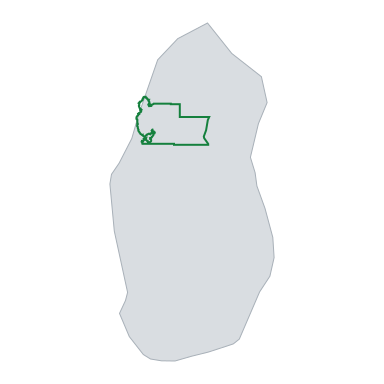 location of 73, Ar Rayyān, Qatar
{"feature_id": "91078587B33419778787215", "entity_name": "73", "entity_type": "district", "adm_level": 2, "iso_a3": "QAT", "parent_name": "Qatar", "parent_adm1": "Ar Rayyān", "projection": "mercator", "projection_center": [50.94, 25.696], "detail": "fine", "context": "in_parent", "style": "outline", "palette": "green", "viewbox_px": 384, "rotation_deg": 0, "n_neighbors": 0, "source": "geoboundaries", "source_scale": "gbopen_adm2", "svg_char_len": 5431}
<svg xmlns="http://www.w3.org/2000/svg" viewBox="0 0 384 384"><path d="M208.6,352.0L191.3,356.3L175.0,361.0L161.4,360.8L150.5,359.0L143.3,354.5L129.3,336.6L119.5,313.4L125.5,300.5L127.6,292.4L114.3,231.1L109.9,184.0L111.5,174.3L119.1,163.2L131.8,138.5L138.6,114.8L157.7,59.8L177.8,38.6L207.5,23.0L231.8,53.5L261.4,76.7L267.1,102.6L258.4,123.7L250.4,157.3L255.1,172.7L256.9,186.0L265.0,208.4L272.8,237.4L274.1,257.6L269.9,276.2L259.6,291.9L239.3,339.1L233.3,343.9L208.6,352.0Z" fill="#d9dde1" stroke="#a8b0b8" stroke-width="1"/><path d="M153.7,103.7L153.5,104.0L153.3,104.0L153.2,104.1L152.4,104.6L152.1,104.6L152.0,104.8L151.9,104.8L151.6,104.9L151.0,104.9L151.1,105.2L151.2,105.3L151.2,105.5L150.9,105.6L151.0,105.9L150.8,105.9L150.8,106.0L149.7,106.1L149.5,105.9L149.4,105.9L149.3,106.1L149.1,106.1L149.1,105.8L149.0,105.7L148.7,105.7L148.6,106.0L148.6,105.1L148.6,104.9L148.4,104.5L148.6,104.4L148.8,103.8L149.0,103.8L149.0,103.5L149.3,103.4L149.4,102.8L149.5,102.8L149.1,101.7L149.2,101.4L149.0,101.2L148.9,100.9L148.7,100.9L148.7,100.7L148.4,100.6L148.3,100.3L148.4,100.2L148.2,100.0L148.3,99.9L148.2,99.9L148.1,99.7L147.8,99.6L147.6,99.3L147.7,99.2L147.2,99.0L147.1,98.3L146.9,98.1L146.6,98.1L146.1,97.9L146.1,97.6L145.9,97.6L145.7,97.5L145.6,96.9L145.3,97.0L145.3,96.8L144.2,96.8L143.9,96.9L143.6,97.1L143.5,97.5L143.3,97.8L143.2,97.8L143.1,98.2L143.0,98.3L143.0,98.6L143.0,98.8L142.9,98.9L142.8,99.2L142.7,99.2L142.7,99.3L142.5,99.8L142.4,99.8L142.4,100.0L142.2,100.0L142.1,100.3L141.8,100.6L141.6,101.1L140.5,101.6L140.4,101.7L140.2,101.7L140.2,102.0L139.6,102.0L139.5,102.3L139.3,102.5L139.5,102.5L139.4,102.9L139.2,103.0L139.1,103.4L139.3,103.6L139.1,103.8L139.2,104.1L139.3,104.1L139.2,104.6L139.2,104.9L138.9,105.2L138.9,105.5L139.1,105.5L139.2,105.8L139.0,106.1L138.9,106.1L139.1,106.1L139.0,106.6L139.4,107.5L139.6,108.0L139.8,108.0L140.0,108.2L139.9,108.2L140.0,108.4L140.0,108.9L140.6,109.0L140.6,109.3L140.4,109.8L140.5,109.8L141.4,109.9L141.2,110.4L140.9,110.4L141.0,110.7L141.3,110.7L141.3,110.8L141.2,110.9L141.0,111.1L141.1,111.4L141.1,111.6L141.0,111.8L140.9,111.8L140.7,112.1L140.4,112.3L140.1,112.4L140.1,112.6L139.8,112.8L139.6,113.0L139.3,113.1L138.9,113.1L138.9,113.3L138.5,113.5L138.4,113.6L138.3,113.9L138.4,114.0L138.2,114.0L138.3,114.3L138.2,114.4L138.3,114.9L138.1,115.1L138.1,115.3L137.9,115.4L137.8,115.5L137.4,115.7L137.3,116.2L136.9,116.5L136.7,116.7L136.7,116.8L136.8,116.8L136.5,117.3L136.5,117.9L136.4,118.0L136.4,118.3L136.6,118.3L136.6,118.7L136.5,118.8L136.5,119.0L137.0,119.3L137.0,119.5L137.3,119.6L137.3,119.9L137.4,120.0L137.4,120.4L137.3,121.0L137.3,121.3L137.4,121.6L137.3,122.2L137.4,122.6L137.5,122.8L137.4,123.0L137.3,123.3L137.5,123.4L137.5,123.8L137.7,124.1L137.8,124.1L137.8,124.5L137.7,124.6L137.5,124.9L137.4,124.9L137.3,125.1L137.2,125.1L137.2,125.6L137.1,126.0L137.2,126.4L137.3,126.5L137.5,126.5L137.8,126.8L137.8,127.0L137.7,127.1L137.9,127.7L137.8,128.1L138.0,128.4L138.0,128.8L138.1,129.1L138.5,129.5L138.4,129.8L138.3,130.7L138.5,130.8L138.8,131.3L139.1,131.6L139.3,132.4L139.7,132.5L139.8,132.8L140.0,133.0L140.2,133.5L140.4,133.5L140.5,133.6L140.5,133.9L140.6,134.1L141.3,134.4L141.5,134.5L141.7,134.8L142.0,134.8L142.2,135.0L142.7,134.8L142.7,135.0L142.8,135.0L142.9,135.3L142.9,135.6L143.0,135.7L143.2,136.0L144.3,136.4L144.3,136.5L144.6,136.6L144.8,136.8L144.8,136.5L144.9,136.3L145.2,136.2L145.8,135.7L146.1,135.6L146.4,135.5L146.6,135.4L146.6,134.7L146.8,134.6L147.0,134.5L147.6,134.3L147.9,134.1L148.4,133.9L149.0,133.6L149.3,133.7L149.5,134.0L150.3,134.3L150.4,134.1L150.7,133.9L150.9,133.6L151.3,133.5L151.3,133.1L151.6,133.1L151.8,132.3L151.9,131.9L151.9,131.7L152.3,131.3L152.3,131.2L152.3,130.7L151.9,130.4L152.0,130.0L152.1,129.9L152.2,130.1L152.5,130.0L152.5,130.3L152.2,130.2L152.1,130.3L152.5,130.4L152.5,130.7L152.9,130.9L153.0,131.4L153.2,131.9L153.3,132.0L153.8,131.8L153.9,132.4L154.2,132.6L154.2,131.7L154.3,131.9L154.6,132.1L154.8,132.5L154.7,133.0L154.4,133.3L154.2,133.5L153.9,133.5L153.7,133.7L153.2,133.8L153.4,134.5L153.4,135.1L152.9,135.8L152.4,136.4L152.0,136.6L152.0,136.9L151.8,137.4L151.4,137.7L150.9,137.9L150.7,137.9L150.3,137.8L150.0,138.0L150.1,138.3L150.3,138.5L150.5,138.6L150.4,138.8L150.6,138.8L150.8,138.9L150.9,139.1L151.1,139.8L151.2,140.8L151.0,141.3L150.7,141.6L150.1,141.9L149.9,142.0L149.7,142.1L149.5,142.3L149.4,142.3L149.1,142.4L148.8,142.4L148.7,142.6L148.3,142.5L148.3,142.4L147.9,142.2L147.9,141.6L147.9,141.4L147.7,141.4L147.6,141.2L147.3,141.2L147.0,140.9L146.9,140.5L146.6,140.3L146.4,140.0L146.1,139.8L146.1,139.7L145.9,139.4L145.9,139.0L146.1,138.3L145.9,138.4L145.9,138.6L145.6,138.5L145.5,138.2L145.4,138.2L145.4,138.4L145.5,138.4L145.5,138.6L145.7,138.8L145.7,139.7L145.4,139.8L145.3,139.7L144.7,139.7L144.4,139.5L144.3,138.9L144.4,138.5L144.0,138.5L143.9,138.7L143.7,138.7L143.6,138.8L143.7,139.0L143.8,139.0L144.0,139.2L144.1,139.5L144.1,139.9L143.8,140.2L143.7,140.2L143.7,140.4L143.6,140.5L143.3,140.8L143.1,140.9L143.1,141.0L142.8,141.0L142.8,140.9L142.6,141.0L142.5,140.9L142.4,140.9L142.5,141.1L142.0,141.2L142.0,141.4L142.0,141.5L141.9,141.5L141.7,141.6L141.6,141.8L141.8,142.0L142.0,142.2L142.3,142.4L142.2,142.9L142.8,143.1L142.8,143.3L142.6,143.2L142.8,143.4L142.7,143.8L174.0,143.8L174.0,144.8L208.2,144.8L208.2,143.9L204.2,138.2L203.8,136.5L206.1,130.2L207.8,120.1L209.2,117.0L179.8,117.0L179.8,104.2L170.8,104.2L170.8,103.7L153.7,103.7Z" fill="none" stroke="#15803d" stroke-width="2"/></svg>